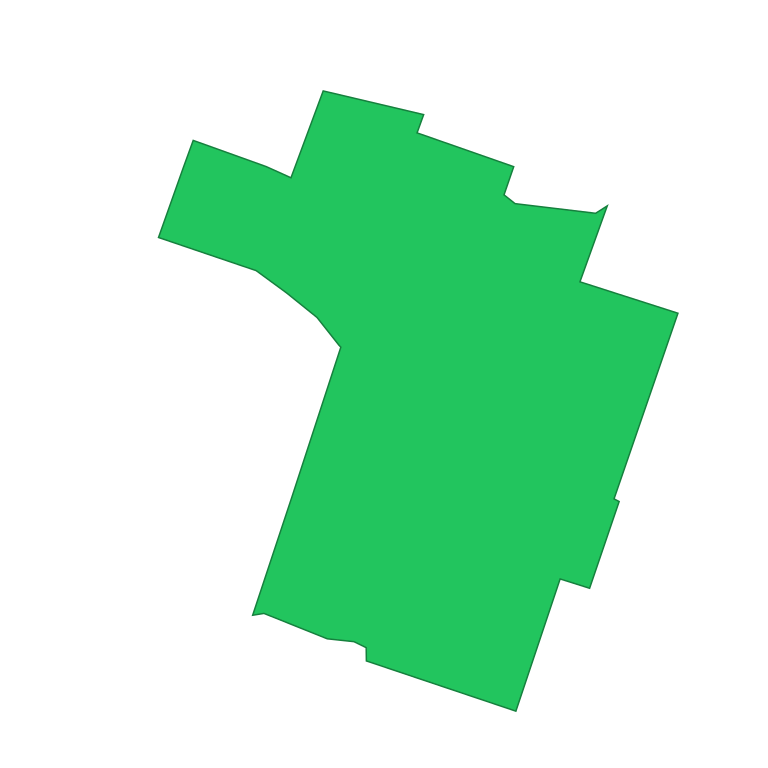 outline of Ontario, New York, United States of America, rotated 109°
{"feature_id": "52423323B27260501944339", "entity_name": "Ontario", "entity_type": "district", "adm_level": 2, "iso_a3": "USA", "parent_name": "United States of America", "parent_adm1": "New York", "projection": "albers", "projection_center": [-77.313, 42.808], "detail": "fine", "context": "isolated", "style": "filled", "palette": "green", "viewbox_px": 768, "rotation_deg": 109, "n_neighbors": 0, "source": "geoboundaries", "source_scale": "gbopen_adm2", "svg_char_len": 591}
<svg xmlns="http://www.w3.org/2000/svg" viewBox="0 0 768 768"><g transform="rotate(109 384 384)"><path d="M650.4,152.8L511.0,154.0L510.2,123.1L418.6,123.4L417.7,129.1L315.1,129.1L221.4,129.1L223.6,232.0L142.9,230.9L153.7,239.5L170.8,318.8L166.1,332.1L136.3,332.1L135.8,434.5L116.4,434.2L126.7,536.9L219.3,539.1L216.8,566.0L215.8,643.7L245.0,644.2L318.9,644.9L318.5,556.3L318.4,541.9L329.6,505.8L342.9,469.0L362.0,439.2L363.2,436.8L520.1,434.3L645.4,432.9L640.0,422.8L643.4,354.7L637.4,328.5L639.1,315.0L651.6,310.5L650.4,152.8Z" fill="#22c55e" stroke="#15803d" stroke-width="1.5"/></g></svg>